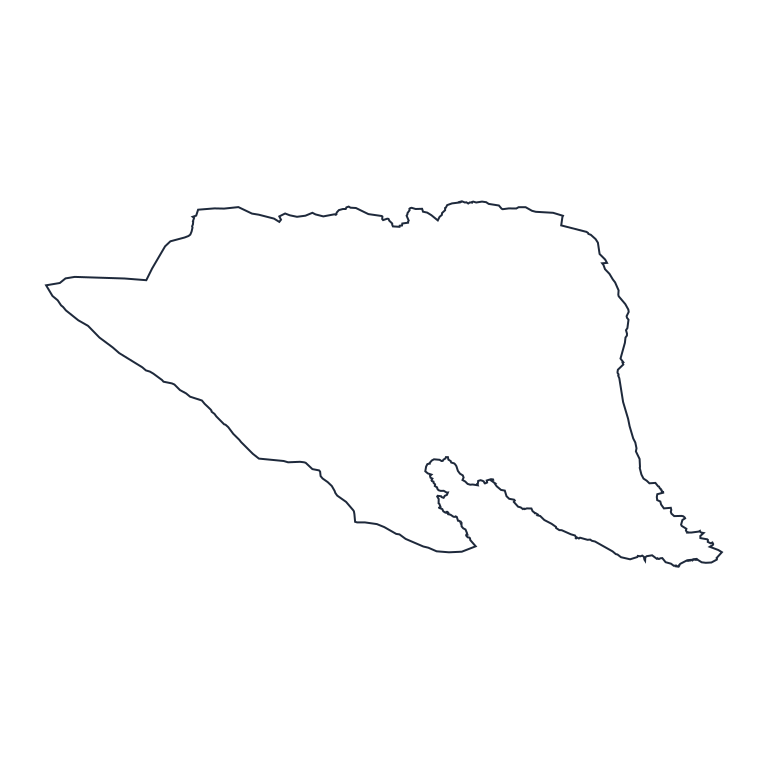 outline of Sande nor, Vestfold, Norway
{"feature_id": "86288312B46976910861287", "entity_name": "Sande nor", "entity_type": "district", "adm_level": 2, "iso_a3": "NOR", "parent_name": "Norway", "parent_adm1": "Vestfold", "projection": "natural_earth1", "projection_center": [10.282, 59.601], "detail": "fine", "context": "isolated", "style": "outline", "palette": "slate", "viewbox_px": 768, "rotation_deg": 0, "n_neighbors": 0, "source": "geoboundaries", "source_scale": "gbopen_adm2", "svg_char_len": 6115}
<svg xmlns="http://www.w3.org/2000/svg" viewBox="0 0 768 768"><path d="M563.0,215.8L553.1,212.8L535.8,211.8L532.0,210.8L525.6,207.2L518.6,207.2L516.3,208.5L508.8,208.4L502.7,209.2L501.6,208.7L498.9,205.5L488.7,203.9L486.2,202.2L482.0,201.6L476.2,202.5L473.2,201.6L472.0,202.0L472.0,202.6L469.9,202.4L468.2,203.5L466.4,202.3L464.9,202.5L461.9,201.3L460.0,201.8L460.6,202.2L460.2,202.4L452.0,203.4L447.2,205.1L445.8,207.7L445.1,208.0L445.1,210.2L442.1,213.0L441.8,215.0L439.6,216.8L437.8,220.4L431.4,215.2L427.2,212.6L423.0,211.7L422.1,208.8L415.6,209.0L411.6,207.8L410.3,208.1L409.4,208.8L409.6,210.2L407.5,213.1L407.4,214.4L406.6,215.7L408.7,220.6L408.1,221.5L408.1,222.7L402.3,223.5L402.0,225.5L399.7,225.7L399.5,226.8L392.9,226.4L392.2,224.7L392.2,223.5L389.3,220.7L388.5,218.9L387.2,218.7L383.1,220.1L382.2,219.0L382.4,216.5L381.7,216.0L368.4,214.1L355.9,208.0L350.5,207.7L348.7,206.6L346.4,207.4L345.7,209.0L342.9,209.0L338.9,210.1L337.0,212.2L336.1,213.8L336.4,214.2L335.8,214.8L334.4,214.3L323.3,216.4L315.5,214.4L312.4,212.8L305.4,215.7L297.0,216.8L289.8,215.3L285.1,213.5L279.3,216.4L281.0,219.7L279.3,221.9L274.0,218.6L258.8,214.7L252.0,213.6L238.4,207.1L224.1,208.6L214.4,208.4L198.1,209.7L196.2,215.6L192.7,216.8L194.1,217.9L192.9,221.4L193.2,221.7L192.9,224.5L192.1,226.3L192.5,227.6L191.6,231.5L190.3,234.6L188.5,236.0L184.6,237.5L170.4,241.3L165.1,246.3L152.1,268.5L146.3,280.2L124.6,278.5L74.7,276.9L65.5,278.4L59.8,283.0L46.1,285.3L52.5,296.0L57.7,300.3L61.1,305.4L63.1,307.0L65.9,310.4L78.3,320.3L88.1,325.9L99.5,337.6L112.8,347.5L119.2,353.1L142.3,367.3L145.9,370.4L149.9,371.6L153.3,373.6L162.0,380.0L163.5,381.7L171.9,383.4L174.4,384.5L180.0,390.1L186.1,393.4L190.1,396.7L201.9,400.5L204.7,403.9L210.4,409.3L211.4,410.5L211.6,411.7L214.5,413.9L216.3,416.4L224.1,424.3L225.5,424.7L228.2,427.1L233.3,433.9L239.3,439.8L241.1,442.1L252.8,453.8L258.9,458.6L283.7,461.0L288.1,462.3L300.0,461.8L304.1,462.3L305.7,462.8L312.4,469.1L319.1,470.4L320.1,471.6L320.6,476.1L322.6,478.5L327.7,482.1L331.8,486.0L334.6,490.9L335.3,492.9L337.2,495.6L346.1,501.9L353.2,510.2L353.9,511.3L354.4,514.1L355.1,521.8L357.1,522.4L364.9,522.4L376.9,524.1L384.3,527.1L396.2,533.9L399.5,534.4L405.6,538.9L423.3,546.5L428.3,547.7L436.6,551.3L449.0,552.3L461.8,551.7L475.7,546.3L470.3,540.1L470.0,538.3L469.4,537.6L467.7,537.3L466.2,535.6L466.3,535.0L467.0,534.8L466.5,534.5L467.1,533.4L465.5,529.5L463.2,528.3L461.6,526.4L461.5,524.4L460.9,523.8L461.6,523.0L460.6,521.5L459.9,521.7L459.1,520.8L458.0,520.7L456.8,517.0L455.7,516.4L455.1,516.9L453.4,516.7L450.5,514.7L448.1,514.2L447.9,513.5L448.4,513.0L447.5,511.9L446.6,511.9L446.5,512.8L445.3,512.6L443.3,511.3L442.3,509.1L439.2,507.9L439.1,507.6L440.5,506.8L439.3,503.8L438.6,503.3L438.7,499.0L437.2,496.5L437.7,495.8L441.2,496.3L441.6,497.1L443.6,497.8L444.8,495.8L446.9,494.9L447.9,492.5L446.8,492.6L443.7,490.8L440.7,490.9L438.5,490.2L437.3,488.7L437.1,487.4L434.8,486.0L435.1,484.4L433.6,482.9L433.5,481.6L432.0,481.1L431.5,480.2L432.4,478.6L430.5,477.7L430.0,475.8L431.4,474.6L427.8,473.4L425.3,471.3L426.1,466.6L427.4,464.1L429.7,463.6L429.5,463.1L431.8,460.5L434.0,459.3L439.6,459.8L441.5,461.0L442.7,460.9L443.5,459.6L445.4,458.5L445.9,457.1L447.9,457.1L448.4,459.6L450.7,461.1L451.2,462.5L454.2,463.4L455.3,464.5L456.4,466.2L457.9,470.9L460.0,473.7L462.8,475.4L463.6,477.5L462.5,480.0L465.2,481.5L467.6,483.9L470.2,484.7L472.7,484.5L477.8,485.3L477.3,484.0L477.8,483.9L478.2,480.9L480.6,480.2L482.5,480.8L483.7,481.4L484.7,483.3L485.4,483.3L487.1,482.5L486.7,480.5L490.9,479.2L493.0,479.4L493.2,479.9L491.2,480.6L495.0,483.2L494.6,483.3L496.7,486.3L501.0,489.9L504.8,490.6L506.5,496.2L509.2,498.8L514.1,499.7L514.8,500.5L513.8,501.9L518.1,506.7L520.7,507.4L522.9,509.1L524.0,508.6L524.7,509.1L526.8,508.4L531.4,508.5L532.6,511.2L534.7,512.8L534.0,513.3L535.5,513.1L538.0,514.6L538.2,515.1L537.8,515.4L540.2,516.0L544.3,520.0L551.6,523.8L556.0,526.9L556.1,528.0L559.3,530.1L561.7,530.2L570.9,534.3L575.0,535.5L575.7,536.7L577.0,537.5L575.9,538.2L576.1,538.4L577.2,537.6L578.9,538.5L580.0,537.7L587.5,539.8L590.2,539.6L591.9,540.8L595.0,541.5L612.6,551.4L615.8,554.1L617.5,554.5L621.0,557.2L630.1,559.3L637.4,557.0L637.8,555.9L640.4,556.3L642.2,555.6L643.9,556.8L644.4,559.6L645.1,560.7L645.3,557.3L646.7,556.2L652.1,555.3L656.8,558.8L657.6,558.3L657.9,558.8L659.0,559.0L660.3,558.3L662.3,558.1L665.6,562.2L671.0,563.7L673.8,565.8L676.1,565.5L676.7,566.0L676.4,566.4L678.6,566.7L679.2,565.8L678.8,565.5L680.3,563.8L687.1,560.3L687.9,560.2L687.8,560.8L688.3,560.8L688.4,560.1L690.5,559.9L690.5,560.4L691.6,559.9L692.4,560.5L692.9,560.1L692.1,559.9L693.2,559.5L693.6,560.3L693.5,559.2L696.7,558.9L697.3,559.4L696.8,559.8L697.7,559.8L701.7,562.3L705.8,562.8L711.4,562.5L716.8,559.6L717.0,558.8L716.6,558.0L721.9,552.2L718.3,550.0L709.8,546.8L712.8,545.0L713.2,544.1L712.4,542.5L710.7,543.3L707.8,541.9L707.9,539.9L707.2,539.3L700.4,538.1L700.3,536.0L703.6,533.0L701.4,532.6L700.1,531.8L699.9,530.9L698.6,531.6L691.6,532.5L687.6,532.6L687.8,532.2L686.7,531.9L685.9,530.4L686.4,528.8L681.7,525.9L681.1,524.6L682.4,520.0L685.1,518.3L684.7,517.5L683.3,516.3L681.7,515.9L674.2,516.1L671.4,513.6L670.8,511.7L671.3,510.0L670.8,507.8L663.9,508.4L661.1,504.5L660.3,501.5L657.2,500.1L656.8,497.0L657.3,494.2L663.2,492.7L663.1,491.9L661.8,491.7L661.8,490.4L660.8,489.6L660.7,488.8L659.8,488.3L659.0,486.6L658.1,486.3L655.4,482.9L649.4,483.3L646.7,480.7L643.5,478.6L641.4,474.5L639.7,467.8L640.0,467.1L639.6,459.0L635.9,451.4L636.5,448.3L635.3,442.5L633.2,438.4L629.6,426.2L628.1,418.8L623.1,402.0L619.3,378.2L618.2,375.7L618.6,375.0L618.4,374.0L617.8,373.5L617.5,372.2L617.9,369.7L623.3,364.5L622.5,362.5L623.3,362.2L620.5,358.6L624.9,342.8L625.5,337.5L626.9,335.6L627.0,333.7L626.0,330.2L627.4,328.1L628.5,319.7L627.0,317.8L626.6,316.2L628.7,311.9L628.3,309.5L625.3,304.1L618.7,296.3L618.3,294.7L618.6,290.4L615.1,282.4L612.8,279.4L609.5,273.9L605.0,269.2L603.5,265.0L602.2,263.3L607.0,262.9L605.2,259.6L599.6,254.0L597.9,242.7L595.6,239.1L590.8,234.8L588.4,233.9L588.0,232.9L586.5,231.9L561.2,225.4L562.4,217.1L563.0,215.8Z" fill="none" stroke="#1e293b" stroke-width="2"/></svg>